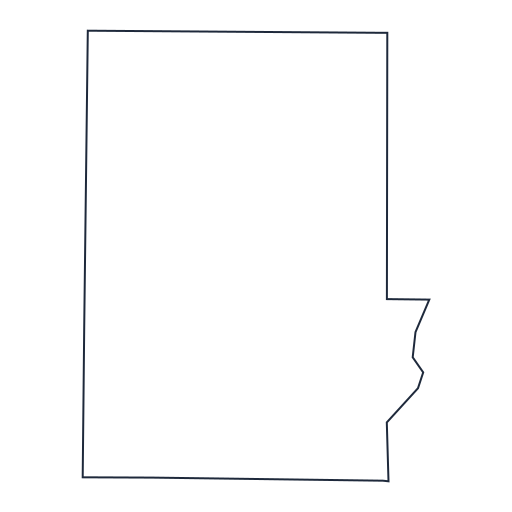 outline of Putnam, Indiana, United States of America
{"feature_id": "52423323B73870752554763", "entity_name": "Putnam", "entity_type": "district", "adm_level": 2, "iso_a3": "USA", "parent_name": "United States of America", "parent_adm1": "Indiana", "projection": "robinson", "projection_center": [-86.774, 39.668], "detail": "fine", "context": "isolated", "style": "outline", "palette": "slate", "viewbox_px": 512, "rotation_deg": 0, "n_neighbors": 0, "source": "geoboundaries", "source_scale": "gbopen_adm2", "svg_char_len": 312}
<svg xmlns="http://www.w3.org/2000/svg" viewBox="0 0 512 512"><path d="M84.2,328.2L82.7,477.3L152.0,477.6L383.0,480.7L388.5,481.3L386.8,422.4L418.0,388.2L423.2,372.4L412.7,357.3L415.5,332.1L429.3,299.6L386.9,299.1L387.3,32.8L379.6,32.8L87.8,30.7L84.2,328.2Z" fill="none" stroke="#1e293b" stroke-width="2"/></svg>